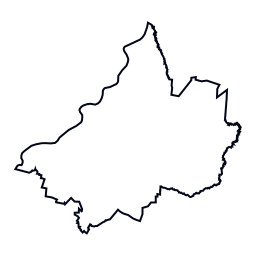 the district of Paraná, Entre Ríos, Argentina
{"feature_id": "61730980B11552095323688", "entity_name": "Paraná", "entity_type": "district", "adm_level": 2, "iso_a3": "ARG", "parent_name": "Argentina", "parent_adm1": "Entre Ríos", "projection": "natural_earth1", "projection_center": [-59.902, -31.635], "detail": "fine", "context": "isolated", "style": "outline", "palette": "ink", "viewbox_px": 256, "rotation_deg": 0, "n_neighbors": 0, "source": "geoboundaries", "source_scale": "gbopen_adm2", "svg_char_len": 5863}
<svg xmlns="http://www.w3.org/2000/svg" viewBox="0 0 256 256"><path d="M95.5,226.0L97.1,226.0L102.6,222.4L104.7,221.5L105.5,220.4L105.9,220.7L106.5,220.2L110.0,219.3L118.0,209.7L120.1,211.6L123.3,213.5L128.3,215.1L133.0,218.4L136.2,219.8L140.0,221.1L142.5,214.1L142.5,207.9L148.0,206.3L151.0,202.5L155.8,202.4L155.7,196.6L157.4,196.6L157.4,194.0L160.1,194.6L160.1,190.6L160.3,190.6L160.5,186.4L161.3,186.4L162.9,187.6L165.2,187.9L167.9,189.2L169.0,189.1L169.6,189.4L170.5,188.6L171.2,188.4L172.1,188.8L172.5,188.5L173.1,189.5L174.1,189.8L174.4,189.5L175.0,190.1L176.6,190.1L177.6,190.4L177.9,191.1L178.8,191.7L179.0,192.5L179.7,192.4L180.5,192.9L181.1,192.6L182.9,193.9L183.9,193.4L184.3,194.2L186.1,195.3L187.4,194.8L187.9,195.0L189.7,196.8L190.5,197.1L191.5,196.8L192.3,196.1L193.3,195.9L193.7,194.3L195.0,193.9L196.1,192.9L196.5,192.8L196.8,193.4L197.2,193.5L198.1,193.2L199.0,193.4L199.6,192.3L200.4,192.0L200.5,191.0L203.1,190.7L203.9,189.5L205.9,188.1L207.3,188.5L207.9,187.9L209.1,188.3L209.1,187.8L209.9,187.7L211.1,187.1L211.2,186.8L212.0,186.9L212.7,186.5L213.1,185.6L213.7,185.4L214.3,184.6L214.9,184.6L215.3,185.2L216.3,185.4L217.0,184.9L217.3,184.3L219.0,184.1L219.6,183.1L219.4,182.7L220.2,181.6L219.9,180.8L220.5,180.6L220.2,180.0L219.1,179.7L219.4,178.9L218.9,178.0L219.3,177.6L219.6,176.4L219.2,175.7L219.5,175.3L219.5,174.6L221.2,174.8L222.0,173.7L221.6,169.6L221.1,168.9L221.1,168.4L222.2,168.3L222.2,167.9L222.6,167.7L222.5,167.4L223.6,166.4L223.1,165.6L223.1,165.2L223.6,164.5L224.1,164.3L223.9,163.8L224.6,163.9L225.0,164.3L225.6,163.2L225.6,162.8L224.9,162.1L225.2,161.8L224.8,161.5L224.8,160.8L224.1,160.1L223.0,159.8L223.3,159.3L224.2,159.1L224.2,158.8L222.7,157.7L223.1,156.5L223.0,155.8L224.0,154.5L224.1,153.8L224.6,153.3L224.5,152.8L225.1,152.8L225.6,151.9L226.1,151.6L225.8,151.2L226.2,151.0L226.3,150.3L226.9,149.9L226.7,149.2L227.2,148.0L228.1,147.7L228.4,147.2L229.6,147.0L231.2,147.6L231.5,146.5L232.2,146.5L231.9,145.8L232.7,144.6L232.7,144.1L233.2,144.2L232.6,143.6L232.9,143.2L232.5,142.9L233.0,142.4L233.3,142.7L233.8,142.5L233.5,142.3L233.5,141.8L234.3,141.7L234.6,142.0L235.3,141.3L235.6,141.6L235.8,141.3L236.4,141.6L237.1,141.4L236.8,140.1L237.3,140.0L237.0,139.5L237.3,139.1L237.1,138.9L237.4,137.8L236.8,138.0L236.8,137.8L237.6,137.0L237.0,136.4L237.0,136.1L237.5,136.1L237.8,135.5L237.6,135.3L238.0,135.1L237.5,134.9L237.7,134.2L239.1,133.6L238.9,133.2L239.1,132.6L238.7,132.3L239.7,132.2L240.1,131.6L239.2,131.2L238.5,131.9L238.3,131.5L238.5,131.0L238.2,130.6L238.9,130.3L238.7,130.0L239.0,129.7L239.4,129.8L239.6,129.0L240.0,129.0L239.9,128.6L240.3,128.2L240.2,127.4L240.6,127.1L240.4,126.8L240.1,127.1L239.2,127.1L239.0,126.8L239.6,126.1L239.2,125.7L239.1,124.8L238.8,124.5L238.3,125.3L238.1,125.2L238.0,124.6L237.5,124.6L237.2,122.8L236.9,122.8L236.6,123.5L236.0,124.0L235.6,124.1L235.5,123.5L235.2,123.4L235.0,123.7L235.3,124.2L235.2,124.7L234.1,124.5L233.7,125.0L232.7,124.2L231.7,124.6L230.9,123.4L230.5,123.4L230.7,124.1L230.1,123.9L230.2,124.3L229.7,124.7L229.2,124.4L229.5,124.9L229.2,125.3L228.6,125.1L228.6,124.6L228.2,124.6L228.5,124.1L228.0,123.0L227.3,123.0L226.3,122.4L225.6,120.7L225.2,120.5L225.5,120.1L225.0,119.6L226.6,99.0L227.0,89.9L217.0,97.4L217.3,88.9L219.4,84.8L206.9,80.6L201.4,81.3L195.6,79.7L195.8,77.1L191.3,77.8L191.3,80.2L178.7,96.2L171.4,94.8L172.2,87.7L171.6,85.6L172.1,79.7L169.2,79.3L168.6,78.0L168.8,77.7L168.2,77.5L168.3,76.7L167.9,76.4L168.1,76.0L167.3,74.5L166.9,74.5L166.9,73.6L166.6,73.1L166.8,72.3L167.2,72.0L166.9,71.7L167.2,71.1L167.0,70.7L167.5,69.6L167.3,69.2L166.4,68.0L166.8,67.3L166.1,66.9L166.4,65.9L165.8,64.5L165.4,64.4L165.0,63.6L165.2,62.4L165.0,62.2L164.7,62.5L164.8,62.0L164.3,61.7L164.7,60.8L164.4,60.6L164.5,59.6L164.1,59.2L164.4,58.9L163.9,58.4L163.4,56.7L161.8,54.2L161.7,53.8L162.0,53.5L161.7,53.2L161.6,52.6L161.1,52.5L160.8,51.8L161.1,50.9L160.0,50.2L160.4,49.6L159.1,49.2L159.2,47.4L158.3,47.0L157.8,47.4L157.5,47.2L157.6,46.0L158.3,46.1L158.6,44.9L157.9,44.5L158.0,43.6L156.9,42.8L157.0,41.5L156.3,41.5L155.6,40.5L156.1,40.4L156.3,39.0L155.7,38.7L156.2,38.1L155.7,37.5L155.1,37.5L154.9,36.6L155.1,35.7L155.7,35.2L155.1,34.6L154.6,34.8L154.6,34.4L153.9,34.3L154.1,33.7L154.7,34.1L154.8,33.1L155.5,33.5L155.4,32.7L155.9,32.7L156.2,32.3L155.1,31.5L155.0,30.7L153.8,29.2L154.0,26.8L153.0,26.7L152.9,27.7L152.5,27.9L152.3,27.1L152.8,26.3L152.6,26.0L151.8,25.7L151.8,24.9L148.0,22.7L147.1,27.2L144.6,34.3L142.3,37.6L140.0,39.6L124.6,46.8L123.7,48.5L123.9,50.2L124.6,51.7L126.5,54.5L128.2,58.6L128.2,60.2L127.7,62.5L126.4,65.8L122.3,70.1L118.3,75.9L118.1,81.5L117.3,83.0L116.2,84.1L110.1,87.0L105.1,88.0L104.1,88.7L102.9,90.5L102.7,94.6L101.7,98.2L100.0,101.5L98.0,103.4L95.3,104.6L90.5,103.8L87.4,104.1L84.0,105.2L82.3,106.1L80.9,107.3L79.6,109.2L79.5,110.3L80.1,112.1L82.1,114.8L82.3,116.6L82.2,118.5L82.0,120.2L81.4,121.8L80.6,122.7L76.2,126.0L68.8,129.9L59.6,137.5L57.6,140.7L55.1,142.9L50.6,143.4L45.4,143.1L41.6,143.2L35.7,144.4L31.4,145.8L24.3,151.1L22.2,153.1L21.4,155.3L21.3,158.1L22.7,160.8L22.6,162.7L21.8,164.8L21.2,165.1L19.5,164.9L18.0,165.4L17.1,166.2L15.4,169.1L29.1,172.7L31.0,171.9L32.1,170.6L32.3,170.9L34.8,170.3L35.3,168.9L35.5,169.7L36.8,170.7L37.4,171.5L37.3,173.4L37.1,173.7L39.3,173.9L39.2,174.9L41.4,175.2L40.9,178.2L42.2,178.3L44.6,179.2L41.8,187.5L46.4,188.4L45.7,196.3L51.8,197.4L56.8,199.5L56.4,199.9L56.5,200.9L56.3,201.7L56.0,201.8L56.1,202.3L63.9,203.8L64.5,202.9L65.0,204.3L71.1,197.9L74.6,201.6L79.2,201.7L82.1,209.1L81.9,209.8L81.9,211.0L81.6,211.3L78.9,208.7L78.8,212.6L74.7,212.7L74.7,214.6L77.6,216.2L79.0,217.9L76.9,220.8L78.0,221.6L77.2,223.0L78.5,223.2L78.6,226.9L80.0,226.9L79.3,228.2L81.0,229.7L80.7,230.4L82.7,232.5L84.1,231.0L85.4,232.4L86.8,233.3L89.0,229.4L88.4,229.0L88.6,228.2L88.1,227.8L90.1,224.4L90.8,225.2L91.2,225.0L91.6,226.0L94.0,226.5L95.5,226.0Z" fill="none" stroke="#020617" stroke-width="2"/></svg>